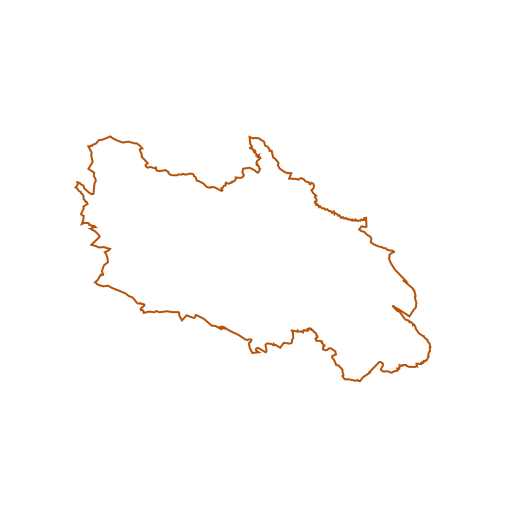 outline of Cardonal, Hidalgo, Mexico, rotated 299°
{"feature_id": "50627088B80156455392476", "entity_name": "Cardonal", "entity_type": "district", "adm_level": 2, "iso_a3": "MEX", "parent_name": "Mexico", "parent_adm1": "Hidalgo", "projection": "equal_earth", "projection_center": [-99.045, 20.596], "detail": "fine", "context": "isolated", "style": "outline", "palette": "amber", "viewbox_px": 512, "rotation_deg": 299, "n_neighbors": 0, "source": "geoboundaries", "source_scale": "gbopen_adm2", "svg_char_len": 6104}
<svg xmlns="http://www.w3.org/2000/svg" viewBox="0 0 512 512"><g transform="rotate(299 256 256)"><path d="M346.0,204.0L344.9,208.3L343.9,208.0L344.2,209.0L345.1,209.4L343.8,209.6L342.8,208.8L343.6,210.1L344.7,210.5L343.7,212.4L339.4,210.9L337.5,211.4L336.8,211.8L336.9,212.9L336.0,212.8L335.7,215.2L334.3,216.3L334.1,217.4L330.1,217.5L329.6,216.1L330.3,213.3L330.1,207.6L326.1,202.4L322.6,203.5L320.6,206.3L318.5,206.1L316.8,204.6L314.8,200.1L313.2,201.1L310.8,200.7L309.2,198.8L308.7,199.3L305.9,196.9L305.6,194.6L305.2,195.0L304.3,194.3L303.0,195.2L301.6,193.8L299.9,193.9L298.7,192.9L297.3,194.7L296.2,194.3L296.0,186.4L294.6,183.5L293.4,182.6L292.5,179.7L293.9,174.8L293.8,170.0L293.2,167.7L295.6,165.0L295.8,163.2L297.1,161.5L296.3,158.7L293.0,155.0L292.4,152.1L291.1,151.5L290.1,149.0L288.5,148.0L286.1,143.8L285.5,141.5L286.0,139.4L287.1,138.6L287.2,135.0L283.9,131.2L282.7,128.3L282.7,127.3L284.8,125.6L283.5,124.6L282.8,120.7L280.7,118.3L280.8,116.7L281.9,115.3L284.7,116.3L287.5,107.6L289.2,107.1L292.6,102.8L293.4,102.8L294.9,104.4L296.1,101.3L296.7,97.1L295.7,95.4L294.2,89.0L290.6,84.4L289.7,78.0L289.5,72.7L290.0,70.7L283.0,65.1L281.4,62.5L276.7,61.5L274.0,59.3L272.7,59.1L272.4,57.9L271.6,57.8L270.6,56.2L266.8,62.1L264.2,63.0L259.0,67.5L250.9,67.2L250.5,74.0L247.4,75.3L245.6,78.2L243.8,79.5L241.3,79.5L231.5,83.7L230.5,82.5L230.4,79.6L232.0,72.6L233.8,71.3L233.8,67.8L234.5,66.5L233.9,64.0L232.2,65.5L228.5,65.0L228.4,66.8L227.2,69.1L227.0,71.8L226.2,72.4L225.8,74.4L224.7,76.2L222.2,77.6L221.4,80.2L220.7,80.8L221.0,82.1L220.0,83.4L215.5,81.1L214.0,82.3L207.8,82.6L207.3,84.4L207.6,85.8L204.1,87.4L199.5,88.1L201.7,89.8L203.3,92.8L203.4,94.2L202.3,95.2L203.0,97.0L202.7,97.7L203.9,100.2L203.5,101.6L202.8,100.2L201.8,99.7L201.7,98.9L200.5,99.2L199.6,98.1L199.6,103.4L197.9,109.1L196.7,109.9L186.0,106.6L187.2,111.9L187.2,114.2L190.0,118.6L191.4,124.9L189.7,124.5L186.0,121.9L185.2,123.7L182.1,127.2L178.7,129.5L174.7,127.7L173.0,127.6L168.1,128.6L165.5,131.4L164.8,130.8L164.6,129.3L158.5,129.2L155.0,128.0L155.1,128.9L154.2,130.5L154.8,134.6L155.5,137.3L158.3,141.0L158.3,145.7L159.7,156.9L160.0,160.1L159.3,164.3L159.9,168.2L157.1,175.3L158.1,177.5L158.7,177.6L158.6,179.3L159.4,181.0L159.3,182.0L158.5,182.4L154.0,180.6L152.8,181.7L153.7,183.0L153.5,184.0L151.8,185.4L155.6,189.5L157.5,194.3L159.6,195.7L159.9,198.6L164.6,205.1L166.3,210.0L169.3,215.4L169.1,216.5L167.5,217.1L166.2,218.5L163.8,222.5L170.4,224.0L171.6,231.6L173.3,232.5L175.1,231.9L175.5,232.8L175.8,240.9L173.6,250.8L175.2,254.9L175.1,261.9L176.1,259.8L176.8,262.2L177.5,260.3L178.3,261.9L177.8,268.9L178.5,279.0L177.9,286.8L178.3,289.2L179.9,290.5L180.6,292.5L178.7,293.0L176.6,292.1L175.0,293.0L172.8,294.9L169.4,299.8L173.1,305.0L173.2,302.7L174.1,301.2L175.4,301.2L176.6,302.3L176.5,311.2L178.4,311.1L182.8,307.4L184.2,307.6L185.2,308.6L186.5,312.2L186.4,314.5L187.5,314.3L187.0,315.1L187.7,316.1L187.5,321.6L193.5,322.4L195.8,328.1L197.1,329.2L198.1,329.3L199.9,328.2L202.4,328.3L206.8,325.5L208.1,323.5L208.1,322.6L209.9,329.0L211.0,328.6L210.7,330.0L211.5,331.9L212.5,332.7L212.0,334.1L214.5,333.9L215.2,336.6L216.6,336.4L216.3,337.5L218.0,337.1L218.9,338.1L218.4,338.8L219.0,339.7L218.2,340.3L218.6,341.6L217.6,343.5L217.9,344.2L216.9,346.9L215.7,347.5L215.6,348.5L214.6,349.1L212.6,348.0L211.1,349.9L213.1,353.7L212.6,354.8L213.0,355.3L211.8,355.9L210.9,359.4L209.7,359.3L209.6,358.7L207.0,359.6L207.0,361.8L207.9,363.6L210.5,364.6L211.6,366.3L211.1,371.5L208.6,373.7L205.4,371.1L204.1,371.7L202.6,375.2L199.5,379.1L200.3,381.2L198.5,386.7L196.0,388.3L194.4,390.2L192.9,389.8L191.3,393.0L191.4,393.8L193.2,397.1L195.2,403.7L196.9,405.3L196.5,406.5L196.9,407.6L201.8,408.3L209.2,412.2L209.4,411.5L222.9,415.2L223.8,416.9L223.4,419.1L221.6,420.1L217.5,420.1L216.7,421.4L216.6,422.9L219.0,427.3L219.7,431.4L221.4,432.1L224.5,435.4L225.9,434.2L226.1,435.6L227.0,436.0L228.0,435.0L229.4,435.7L230.0,434.9L230.1,435.8L231.0,436.2L231.1,437.4L232.2,437.8L233.4,440.2L232.9,441.2L233.3,443.7L236.0,448.8L237.4,449.6L237.5,450.4L239.7,448.6L241.6,453.0L242.5,452.3L243.5,453.8L244.2,453.2L244.6,454.1L245.6,453.7L245.8,454.6L246.7,454.8L247.0,455.7L251.7,455.8L251.9,455.1L255.5,453.9L257.3,454.2L260.2,452.4L261.0,452.7L261.4,451.8L263.3,450.6L264.8,447.2L265.6,446.8L266.3,442.8L267.3,441.5L266.9,440.5L267.4,435.9L269.9,430.9L271.5,429.6L272.5,427.7L271.5,426.9L273.1,425.6L273.3,422.4L272.6,422.3L273.5,420.3L272.8,417.4L276.7,408.9L276.5,406.2L278.6,399.3L278.8,401.3L278.3,402.9L278.6,405.8L277.6,419.5L285.4,420.0L288.2,420.8L292.6,419.1L296.9,414.9L298.2,415.1L302.4,411.3L302.3,410.4L303.1,410.0L303.7,408.6L305.9,397.2L306.6,397.5L306.9,398.9L311.5,383.9L315.6,376.7L318.4,373.4L319.4,373.5L321.4,372.2L323.4,372.6L326.4,374.7L327.0,373.6L325.1,368.2L325.6,365.5L324.7,363.7L324.9,362.0L323.9,359.2L323.3,353.7L323.7,349.7L326.8,348.7L328.3,346.8L328.4,342.6L329.6,339.1L328.9,336.1L329.1,333.4L333.1,333.9L334.4,337.7L335.2,338.4L342.8,333.8L341.6,332.4L340.7,333.9L340.2,333.5L339.1,331.9L339.2,330.6L337.4,330.1L337.1,329.0L335.7,327.7L336.2,325.2L334.7,325.2L334.6,322.8L333.6,322.8L333.7,321.0L332.8,319.8L333.2,318.5L332.4,317.6L332.8,316.1L331.4,315.0L332.1,313.0L330.5,312.0L332.1,309.2L331.0,308.4L331.8,307.0L331.9,304.2L330.8,304.2L332.7,302.5L330.6,301.4L331.5,299.9L330.7,297.9L331.4,295.6L330.1,294.1L330.7,292.7L329.7,290.4L330.6,287.8L329.3,287.3L330.6,286.0L329.9,283.9L331.0,284.0L331.2,281.5L332.3,281.3L333.3,282.3L334.7,281.8L336.0,278.9L337.2,278.7L337.8,279.3L338.8,275.5L340.5,272.5L342.9,273.5L345.5,272.7L346.8,271.4L346.9,269.0L345.1,268.8L344.9,267.9L346.0,266.6L345.3,262.9L346.3,260.5L345.9,257.5L343.3,256.0L342.7,253.5L339.8,247.4L345.6,246.7L343.8,243.4L343.3,240.3L344.0,234.2L346.1,231.0L348.1,230.7L348.7,230.0L350.3,225.6L350.5,223.2L355.7,218.6L354.5,216.9L356.1,215.6L357.3,212.9L356.9,210.6L359.9,207.6L360.2,201.0L358.9,198.1L357.4,196.3L357.0,192.7L351.3,196.5L349.6,199.6L347.6,198.4L347.1,199.6L347.8,198.8L348.3,199.4L347.7,200.7L347.7,204.6L347.1,201.8L347.1,205.5L346.7,203.7L346.6,204.5L346.0,204.0Z" fill="none" stroke="#b45309" stroke-width="2"/></g></svg>